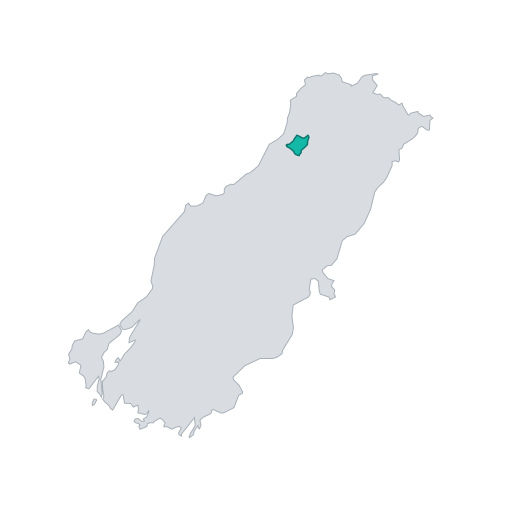 Turkey, with Bayburt highlighted, rotated 309°
{"feature_id": "TUR-3032", "entity_name": "Bayburt", "entity_type": "Province", "adm_level": 1, "iso_a3": "TUR", "parent_name": "Turkey", "parent_adm1": "", "projection": "robinson", "projection_center": [40.231, 40.313], "detail": "fine", "context": "in_parent", "style": "filled", "palette": "teal", "viewbox_px": 512, "rotation_deg": 309, "n_neighbors": 0, "source": "natural_earth", "source_scale": "10m", "svg_char_len": 4264}
<svg xmlns="http://www.w3.org/2000/svg" viewBox="0 0 512 512"><g transform="rotate(309 256 256)"><path d="M398.5,184.6L405.6,187.0L407.9,185.2L414.4,185.4L420.2,186.7L423.3,182.9L427.5,183.3L428.2,185.3L430.2,186.0L436.2,191.0L435.6,191.6L437.1,193.4L442.2,194.6L442.8,197.2L446.8,200.9L449.0,206.7L447.8,210.8L445.6,213.3L449.0,222.1L448.0,223.2L454.3,226.1L462.3,225.6L464.8,226.8L472.6,233.8L474.5,236.5L469.2,233.2L466.2,236.0L464.8,242.9L456.4,244.1L457.8,248.6L460.1,250.7L459.4,254.9L460.0,256.5L462.4,259.3L462.1,263.1L463.1,267.1L463.2,271.9L466.7,273.3L465.1,275.6L461.4,285.3L461.6,286.1L464.3,286.3L470.2,290.8L469.2,292.3L470.0,298.5L475.1,302.6L474.3,304.6L474.5,306.7L470.8,305.8L463.4,311.3L462.5,311.2L461.5,309.2L461.2,303.7L459.4,302.2L457.0,301.9L453.0,304.4L449.3,304.3L445.5,303.8L435.7,300.4L432.1,301.6L428.4,300.3L421.0,307.1L418.8,307.6L417.7,304.3L415.1,302.4L411.9,304.9L399.3,308.2L393.5,308.7L386.4,307.6L380.5,308.0L364.5,315.6L349.2,319.6L335.5,319.3L328.1,314.5L322.2,313.4L304.6,320.7L296.1,320.4L293.2,317.4L286.7,316.2L285.2,319.0L283.7,325.9L285.9,332.1L282.2,332.5L279.8,333.9L279.1,338.6L275.7,340.4L274.5,343.3L273.9,343.4L268.5,341.0L270.0,338.7L266.8,330.0L268.5,327.3L275.7,320.2L275.6,316.1L272.6,313.2L263.5,318.4L262.6,320.4L260.5,322.0L257.2,322.6L241.3,315.8L231.8,321.8L223.6,330.4L217.5,333.6L199.6,336.0L196.4,337.7L190.4,335.9L186.9,333.5L178.9,323.7L163.6,316.3L147.2,314.4L145.7,316.4L144.9,324.0L142.0,331.1L140.6,331.9L137.1,330.1L124.3,334.3L113.7,329.6L111.9,327.6L109.8,319.3L108.2,318.7L106.5,319.8L104.6,319.8L97.0,316.2L92.9,315.9L90.2,319.5L86.1,320.9L86.0,319.9L87.7,317.6L81.2,318.1L77.7,319.8L73.0,318.7L73.4,317.8L77.2,316.7L86.0,315.4L91.7,309.9L71.0,310.1L69.0,311.3L68.8,308.5L70.0,307.1L75.5,306.1L75.3,303.7L72.1,301.1L68.5,299.8L67.2,293.8L65.4,292.3L65.7,291.4L69.1,290.4L70.0,286.0L69.6,283.3L63.1,280.9L61.6,281.2L60.0,278.8L57.3,277.1L54.9,278.5L48.3,274.9L49.7,272.3L51.4,272.4L51.8,270.4L50.6,267.0L50.8,265.2L52.3,264.8L54.0,265.1L55.6,267.1L55.5,271.0L57.3,273.3L58.6,271.0L61.6,272.3L67.1,271.1L68.2,270.0L64.2,270.2L62.8,269.2L59.8,262.8L63.3,261.0L65.8,257.9L61.4,255.8L62.5,251.5L58.8,246.5L64.4,240.2L64.1,239.3L62.5,239.0L46.0,241.6L45.9,238.8L47.2,236.3L47.4,230.3L48.3,227.0L51.4,226.0L55.4,221.2L61.8,215.6L68.0,215.7L70.6,214.2L74.3,214.1L75.3,216.3L78.4,217.8L84.2,217.6L87.1,216.1L84.6,213.4L87.9,212.5L90.4,213.1L88.9,216.2L89.6,216.5L97.1,215.5L104.9,216.3L113.5,215.9L114.6,214.9L108.7,211.9L112.7,209.2L114.9,208.7L133.1,206.2L133.2,205.6L122.2,204.3L116.7,200.7L115.2,198.7L116.6,194.0L117.9,192.8L121.8,192.6L135.3,194.8L145.0,193.5L155.4,196.6L165.6,196.0L167.7,194.6L170.4,190.1L185.0,182.6L190.1,178.7L212.5,171.1L245.6,172.4L251.4,169.4L254.8,170.4L253.8,172.4L253.9,174.2L257.8,178.7L263.7,181.4L271.9,179.1L274.9,180.0L277.6,187.1L282.7,191.3L285.0,191.7L288.2,189.2L291.2,188.9L296.0,191.3L297.6,193.8L313.5,196.8L316.7,198.9L327.4,201.1L351.2,196.0L359.9,199.4L367.2,200.5L370.3,200.0L379.9,196.0L382.9,193.7L388.9,191.7L396.3,187.2L398.5,184.6ZM93.3,172.1L92.5,175.2L93.7,178.7L96.8,183.6L100.0,186.0L115.8,192.6L113.2,198.7L109.2,199.7L95.5,196.7L89.7,199.2L85.7,198.6L80.0,199.7L78.3,203.4L74.1,207.6L62.7,212.9L52.0,223.3L49.0,224.6L50.5,221.1L50.6,218.0L55.2,214.4L61.6,211.6L63.4,209.3L47.7,209.7L46.4,206.5L48.0,205.9L53.4,200.2L54.1,197.9L53.9,192.3L60.3,189.1L60.9,187.8L60.2,182.3L54.5,179.1L54.8,177.5L59.1,176.0L61.6,172.2L67.8,171.4L70.8,169.6L76.1,168.6L82.4,173.4L90.3,171.6L93.3,172.1ZM43.8,222.9L38.5,223.8L36.9,222.9L38.6,221.3L42.8,220.1L44.0,221.8L43.8,222.9Z" fill="#d9dde1" stroke="#a8b0b8" stroke-width="1"/><path d="M370.7,225.4L366.9,224.7L365.8,225.1L364.9,225.9L363.8,226.0L362.5,225.9L361.2,226.3L360.4,224.6L359.9,222.7L360.0,221.8L360.3,220.9L361.0,219.3L361.2,215.2L360.5,211.1L360.9,211.1L361.3,210.8L361.1,210.1L361.4,209.8L361.6,209.7L362.3,210.0L363.7,211.4L364.6,211.9L366.6,212.0L368.5,212.6L369.4,212.5L370.6,212.2L371.7,212.0L374.0,212.0L374.9,211.7L375.4,211.7L376.1,213.4L376.8,217.1L377.4,218.8L378.8,219.6L380.3,219.9L380.9,220.1L382.4,220.3L382.5,220.8L382.0,221.8L381.3,222.6L378.5,223.5L377.2,224.1L376.2,225.0L375.2,225.7L374.4,225.8L370.7,225.4Z" fill="#14b8a6" stroke="#0f766e" stroke-width="1.5"/></g></svg>